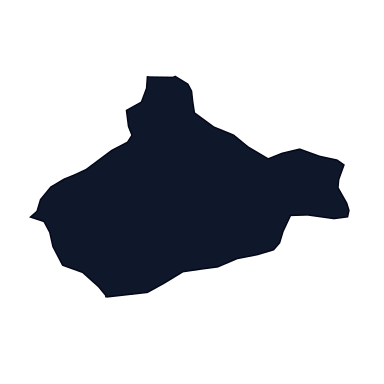 outline of Borlänge, Dalarna, Sweden, rotated 6°
{"feature_id": "70781695B12440080986596", "entity_name": "Borlänge", "entity_type": "district", "adm_level": 2, "iso_a3": "SWE", "parent_name": "Sweden", "parent_adm1": "Dalarna", "projection": "robinson", "projection_center": [15.395, 60.481], "detail": "fine", "context": "isolated", "style": "filled", "palette": "ink", "viewbox_px": 384, "rotation_deg": 6, "n_neighbors": 0, "source": "geoboundaries", "source_scale": "gbopen_adm2", "svg_char_len": 869}
<svg xmlns="http://www.w3.org/2000/svg" viewBox="0 0 384 384"><g transform="rotate(6 192 192)"><path d="M135.6,82.1L136.0,93.6L132.3,107.9L118.3,117.7L122.0,133.4L126.4,141.8L122.7,149.2L107.9,159.0L84.3,180.8L72.5,187.8L63.6,192.5L51.1,201.8L42.2,215.3L39.9,227.4L34.0,233.8L47.9,236.8L54.8,247.0L59.4,260.8L71.0,278.3L91.7,283.4L109.0,295.9L117.1,303.9L117.2,305.1L118.6,305.2L158.1,296.5L173.6,285.7L191.3,272.2L209.8,267.5L225.3,263.8L243.8,253.5L263.7,247.4L279.2,240.9L284.4,233.4L286.6,221.8L292.4,205.0L309.4,202.7L336.0,203.6L349.3,200.4L350.0,193.9L349.9,193.7L347.0,186.9L336.7,172.5L336.6,164.1L340.3,149.2L332.9,145.1L315.2,143.2L294.6,138.1L277.6,144.1L264.3,151.1L242.9,141.3L227.4,131.1L206.8,125.1L186.1,113.0L183.2,101.9L181.0,91.7L176.6,85.2L163.2,78.8L161.1,80.0L138.1,82.1L135.6,82.1Z" fill="#0f172a" stroke="#020617" stroke-width="1.5"/></g></svg>